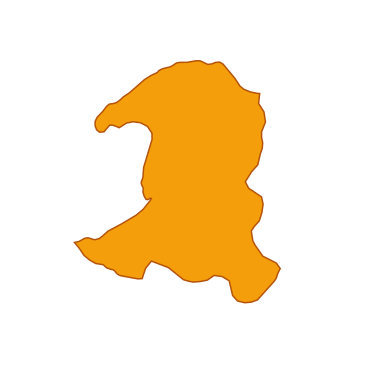 SVG path tracing the border of Bokeo, rotated 41°
{"feature_id": "LAO-3271", "entity_name": "Bokeo", "entity_type": "Province", "adm_level": 1, "iso_a3": "LAO", "parent_name": "Laos", "parent_adm1": "", "projection": "orthographic", "projection_center": [100.56, 20.309], "detail": "fine", "context": "isolated", "style": "filled", "palette": "amber", "viewbox_px": 384, "rotation_deg": 41, "n_neighbors": 0, "source": "natural_earth", "source_scale": "10m", "svg_char_len": 1752}
<svg xmlns="http://www.w3.org/2000/svg" viewBox="0 0 384 384"><g transform="rotate(41 192 192)"><path d="M158.7,80.6L163.6,80.5L170.4,78.2L176.6,74.7L178.5,73.3L178.7,73.7L184.2,81.5L193.8,84.4L201.5,90.9L205.0,100.9L208.6,105.1L213.2,108.6L216.4,113.0L218.4,118.1L223.8,128.3L223.7,137.7L225.5,149.3L232.2,152.0L247.7,150.1L253.6,154.5L258.2,161.6L261.7,169.5L261.6,176.8L262.3,182.5L270.0,189.0L274.7,190.8L287.6,194.0L302.2,190.3L308.8,191.9L310.1,197.0L312.2,202.0L312.6,205.5L312.2,230.5L309.1,236.1L304.4,241.0L297.8,244.4L290.6,243.5L278.3,234.6L270.0,236.1L263.4,240.5L261.4,248.4L257.1,254.0L252.1,259.1L247.7,261.7L243.0,263.8L223.8,264.5L206.7,270.8L207.0,280.0L211.2,290.1L208.2,293.0L193.4,301.8L191.4,302.6L188.6,302.9L185.7,302.3L183.6,302.4L181.5,303.6L177.2,305.3L172.7,305.1L166.3,309.1L159.4,310.5L152.2,310.7L143.2,308.3L136.4,307.2L139.1,303.6L141.4,297.4L142.9,295.4L144.5,294.3L148.6,292.6L150.4,291.3L152.5,287.9L153.3,284.3L154.3,276.5L159.8,262.2L165.0,246.3L166.5,237.4L166.1,225.8L165.6,223.6L164.7,223.9L163.6,226.9L162.0,227.7L158.6,226.5L155.1,224.3L153.6,222.4L152.9,221.2L149.3,219.6L147.7,218.5L146.9,217.2L145.8,214.1L144.8,212.4L139.4,205.2L127.4,178.6L123.2,173.9L115.3,171.7L107.7,173.5L101.4,177.7L97.3,183.0L94.9,191.1L94.4,191.5L93.3,191.7L88.6,193.4L88.0,193.8L86.0,195.6L86.1,204.3L82.9,207.6L79.2,207.6L75.4,205.6L72.5,202.1L71.4,197.7L71.8,189.9L71.5,186.1L71.4,183.1L71.9,180.0L74.3,177.2L76.4,174.1L77.3,170.1L77.8,165.3L79.7,158.3L82.4,138.4L84.7,130.7L87.4,124.8L87.4,121.9L88.9,118.3L93.6,111.6L94.6,108.8L95.5,105.1L97.6,102.3L103.3,97.3L108.7,90.6L112.0,87.7L120.3,85.3L122.9,82.3L124.8,78.7L127.7,75.8L131.6,75.1L149.8,78.1L158.7,80.6Z" fill="#f59e0b" stroke="#b45309" stroke-width="1.5"/></g></svg>